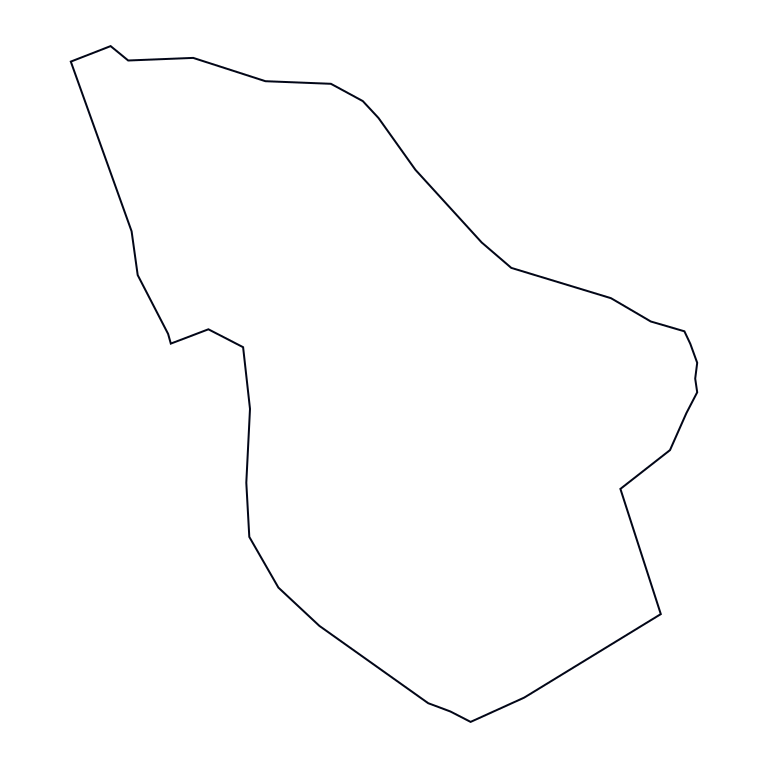 Loški Potok, Natural Earth projection
{"feature_id": "SVN-965", "entity_name": "Loški Potok", "entity_type": "Municipality", "adm_level": 1, "iso_a3": "SVN", "parent_name": "Slovenia", "parent_adm1": "", "projection": "natural_earth1", "projection_center": [14.641, 45.654], "detail": "fine", "context": "isolated", "style": "outline", "palette": "ink", "viewbox_px": 768, "rotation_deg": 0, "n_neighbors": 0, "source": "natural_earth", "source_scale": "10m", "svg_char_len": 588}
<svg xmlns="http://www.w3.org/2000/svg" viewBox="0 0 768 768"><path d="M470.6,721.9L450.4,711.5L428.2,703.2L319.4,625.9L278.4,587.6L249.3,536.9L246.3,482.7L250.0,408.9L243.1,347.2L208.4,329.3L170.8,343.6L170.4,342.1L168.1,333.9L137.7,275.1L131.6,231.3L70.8,61.6L110.6,46.1L128.2,60.5L193.2,57.9L265.4,81.2L330.9,83.8L362.8,101.1L378.5,118.0L415.4,169.8L481.7,242.5L511.3,267.9L611.0,298.2L650.8,321.5L684.4,331.3L690.3,343.8L697.2,362.8L695.2,378.6L697.2,392.3L686.4,413.1L670.0,450.1L620.4,488.9L660.8,614.1L524.2,697.6L470.6,721.9Z" fill="none" stroke="#020617" stroke-width="2"/></svg>